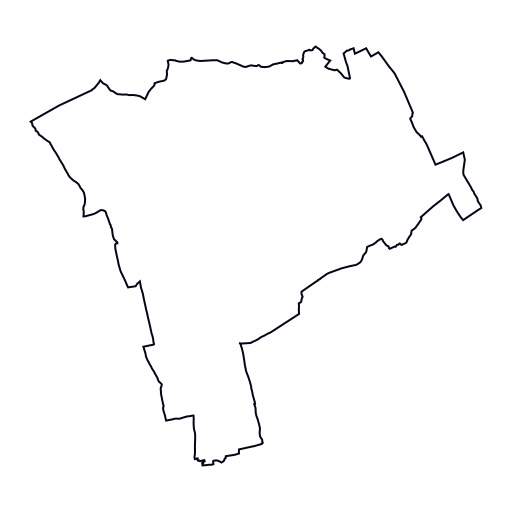 Lipovat, Vaslui, Romania (orthographic projection)
{"feature_id": "2599482B42630334171019", "entity_name": "Lipovat", "entity_type": "district", "adm_level": 2, "iso_a3": "ROU", "parent_name": "Romania", "parent_adm1": "Vaslui", "projection": "orthographic", "projection_center": [27.694, 46.559], "detail": "fine", "context": "isolated", "style": "outline", "palette": "ink", "viewbox_px": 512, "rotation_deg": 0, "n_neighbors": 0, "source": "geoboundaries", "source_scale": "gbopen_adm2", "svg_char_len": 5924}
<svg xmlns="http://www.w3.org/2000/svg" viewBox="0 0 512 512"><path d="M261.7,444.0L261.7,443.4L262.7,442.9L262.6,442.1L262.2,441.0L262.2,440.2L262.0,439.3L261.2,438.4L260.1,436.5L259.7,434.2L259.7,431.8L259.7,430.8L259.9,430.3L259.9,427.7L259.3,425.7L259.3,425.0L257.9,420.3L257.7,419.2L257.4,418.6L256.3,415.5L255.6,412.1L255.7,410.3L255.4,407.4L254.4,404.7L254.3,403.8L254.6,403.5L255.0,403.6L254.9,402.6L252.8,395.1L252.2,391.8L251.2,388.0L251.1,386.4L249.7,381.2L248.4,377.2L246.2,371.5L244.9,365.3L244.1,359.5L243.0,352.9L241.8,348.1L241.2,346.5L240.8,344.8L240.5,344.2L239.9,343.4L240.0,343.2L240.6,343.6L250.2,343.0L251.0,342.8L252.9,341.7L255.5,340.6L257.8,339.4L261.4,336.9L263.4,336.1L268.3,333.4L270.3,332.6L299.1,313.9L298.8,310.1L299.0,306.2L298.8,303.3L300.9,302.2L301.4,300.7L301.9,298.0L302.4,297.3L302.6,296.8L301.9,294.8L301.5,294.0L301.5,291.7L316.2,281.5L317.8,280.6L318.0,280.0L319.9,279.2L320.0,278.8L327.1,273.8L329.3,272.8L341.7,268.3L349.8,266.2L355.2,265.1L357.4,264.3L360.6,262.0L361.1,261.2L362.0,259.5L363.3,255.4L365.9,252.4L366.4,251.2L367.1,247.1L367.4,246.8L369.6,245.8L372.8,244.6L375.5,242.8L377.3,241.1L379.4,239.7L381.3,238.8L382.4,239.5L383.0,241.1L386.4,245.4L388.5,246.3L389.0,248.2L389.7,248.8L394.8,246.5L395.5,246.8L396.0,246.4L396.9,244.9L398.5,244.6L399.5,243.5L400.0,243.6L401.3,244.8L401.9,244.9L403.5,244.0L405.7,243.1L406.5,242.4L407.4,240.0L409.3,236.8L410.7,234.9L411.1,234.1L411.6,230.6L413.8,229.2L415.5,227.7L418.0,224.2L418.5,223.8L418.6,223.3L420.8,220.3L421.4,218.7L421.4,218.1L420.8,217.2L433.3,206.2L440.4,200.7L447.6,194.7L448.6,194.1L453.5,205.5L456.8,211.3L460.7,217.2L463.1,220.1L478.7,209.6L481.3,208.1L480.7,205.4L479.3,203.5L477.9,201.2L477.6,200.2L477.6,199.3L477.1,198.1L474.3,193.6L473.7,191.8L472.3,190.1L470.7,186.8L463.6,174.9L463.2,172.7L463.4,169.7L464.8,160.0L464.7,159.0L463.2,152.4L452.0,157.9L435.5,164.7L427.2,145.6L425.8,142.8L425.1,141.9L422.1,136.3L421.1,136.8L420.0,135.3L417.2,132.7L416.4,131.8L415.5,130.3L413.6,127.0L412.0,122.7L410.3,119.0L410.3,118.4L412.2,116.3L412.4,113.6L412.9,113.0L412.6,112.0L404.1,91.9L394.8,73.8L393.7,72.2L388.7,66.1L381.9,56.6L378.4,52.3L371.0,56.5L367.5,50.7L366.2,48.3L354.9,53.7L353.6,48.3L349.7,49.6L349.5,50.1L347.7,50.6L347.0,50.6L343.6,53.5L345.9,61.8L347.5,66.1L350.0,78.2L349.9,78.5L349.1,78.7L348.6,78.7L345.1,77.8L344.1,77.3L340.6,73.0L337.0,69.7L334.5,70.3L328.5,68.7L325.3,66.7L330.2,60.5L326.9,59.2L324.3,57.7L324.6,54.6L324.4,54.1L322.5,52.8L321.0,50.6L319.0,48.8L317.7,48.1L315.7,46.6L315.3,46.7L313.2,48.7L312.6,50.0L312.2,50.2L310.1,50.4L309.5,49.8L309.1,49.8L307.6,50.5L305.3,51.1L304.2,51.9L303.1,55.0L303.3,56.8L303.2,57.5L302.5,59.1L302.6,59.5L302.9,59.7L303.1,60.5L302.9,61.3L302.3,61.7L302.2,62.7L301.4,63.3L300.3,63.5L299.5,62.8L297.2,60.2L296.0,60.7L294.8,60.6L293.3,61.2L287.4,61.0L286.0,61.2L282.3,62.3L282.3,63.0L282.1,63.1L280.5,62.7L278.0,63.4L273.3,64.3L269.5,66.4L267.7,66.8L264.9,67.1L261.8,66.9L260.9,66.7L258.9,65.1L258.0,65.2L256.7,66.1L252.8,65.7L252.0,65.4L251.0,65.4L248.8,65.9L247.3,66.4L246.5,66.9L243.9,66.8L235.6,63.2L231.9,62.0L231.2,62.1L228.4,63.4L227.6,63.6L224.3,63.1L221.7,62.3L217.2,60.2L212.0,60.3L200.4,61.0L197.8,60.7L195.9,60.3L194.2,59.7L193.1,59.0L191.8,57.8L191.4,57.9L191.1,58.3L190.5,60.4L183.8,61.6L179.5,61.7L176.4,60.9L175.5,60.6L175.2,60.3L174.5,60.4L170.6,59.9L167.9,60.6L167.7,60.9L168.5,64.2L168.5,65.2L167.9,68.2L167.7,68.9L166.8,70.7L167.0,74.7L166.1,79.1L164.6,80.4L164.0,80.7L160.5,81.4L156.9,82.3L156.2,82.8L154.6,83.2L154.5,84.9L154.2,85.4L153.7,86.1L150.8,89.1L148.6,92.0L145.2,99.2L140.1,96.3L137.4,95.6L133.2,95.0L129.1,95.1L126.7,94.5L123.1,94.6L117.2,94.1L112.8,91.2L110.8,90.7L109.4,89.2L107.1,85.7L106.3,85.0L102.9,83.2L100.3,80.2L98.6,83.0L94.4,88.1L92.5,89.3L92.0,90.1L58.9,105.6L30.7,121.6L31.8,122.7L32.3,124.0L32.4,125.1L32.7,125.9L35.2,128.4L35.5,129.1L35.6,130.3L36.0,131.0L37.0,131.4L37.7,132.1L39.2,134.8L42.2,136.8L43.4,138.0L46.0,139.9L50.0,142.6L50.3,143.7L51.1,144.9L53.5,149.4L56.2,153.4L58.4,157.1L59.5,159.3L63.2,165.3L64.9,168.9L67.3,173.0L69.1,176.3L71.3,178.6L74.1,181.0L76.0,182.0L78.7,184.4L80.5,187.9L82.7,190.5L83.9,192.6L84.6,195.6L85.1,198.9L85.0,202.2L84.3,205.4L83.4,207.1L83.3,209.6L83.7,211.0L83.7,213.1L83.5,216.4L85.2,216.3L92.7,214.3L95.6,213.2L100.5,210.2L101.8,210.1L103.1,210.3L104.8,210.9L105.9,212.4L106.7,215.4L108.0,218.3L110.0,224.3L110.7,225.2L110.9,226.9L112.0,228.9L112.6,234.2L113.0,236.2L114.0,239.2L117.3,242.3L117.4,243.3L116.2,243.5L115.5,244.1L115.1,245.0L115.4,249.0L116.8,255.8L118.0,261.0L118.5,263.9L119.6,267.9L120.7,271.5L125.0,280.4L127.3,285.8L128.1,287.4L135.7,286.2L137.0,284.0L138.3,282.8L139.9,281.4L141.0,287.7L141.8,290.2L142.8,293.6L144.1,300.1L146.4,310.6L146.5,311.0L147.2,313.6L147.8,316.8L149.8,325.1L151.5,333.1L152.6,336.5L153.3,340.0L153.3,341.0L154.0,344.2L153.7,344.6L143.4,346.7L145.6,354.0L146.0,356.7L147.6,360.4L148.9,362.6L149.7,364.3L150.9,366.2L152.1,368.8L153.4,370.6L155.7,374.9L157.4,377.8L158.3,380.6L158.9,381.6L161.3,383.7L161.8,384.4L161.5,386.1L160.9,387.5L160.7,388.4L160.8,390.7L161.0,392.0L160.9,393.2L162.5,401.5L163.6,406.1L163.5,406.7L163.1,407.5L163.1,408.8L163.5,410.8L164.9,415.4L166.1,420.6L172.7,419.3L174.2,418.8L176.3,418.6L179.1,418.8L186.8,416.5L190.2,416.1L192.6,415.6L193.5,415.6L193.7,417.0L193.6,424.0L193.9,428.7L195.0,433.0L195.2,436.1L195.1,440.9L194.9,445.8L195.0,449.4L194.9,454.1L194.5,456.6L194.5,457.8L194.9,459.1L197.1,458.4L197.8,458.5L197.8,458.9L197.2,459.1L197.5,459.9L198.2,460.8L199.4,460.6L200.0,461.2L204.3,460.1L204.6,461.3L203.2,461.8L203.2,463.1L202.2,463.1L202.5,465.4L205.7,465.2L208.6,464.8L211.5,464.7L213.4,464.2L213.1,461.6L213.4,460.8L214.2,460.6L216.7,460.4L217.9,460.7L219.7,461.5L221.4,462.5L223.5,461.3L224.4,459.8L224.7,458.6L225.5,458.3L225.7,457.8L225.8,456.2L234.7,454.8L239.0,453.5L238.9,451.4L239.0,449.4L255.0,445.9L261.7,444.0Z" fill="none" stroke="#020617" stroke-width="2"/></svg>